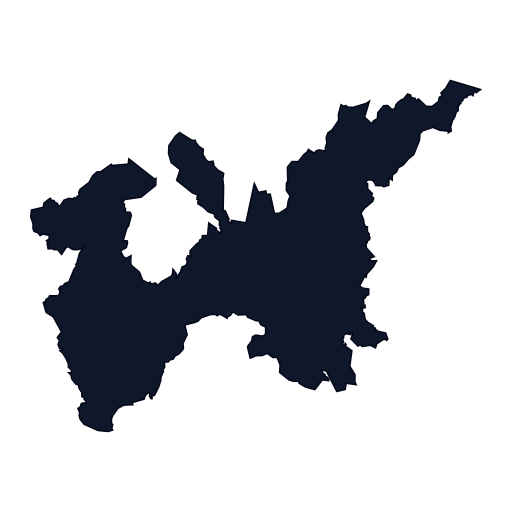 Tehuacán, Puebla, Mexico
{"feature_id": "50627088B19866902668175", "entity_name": "Tehuacán", "entity_type": "district", "adm_level": 2, "iso_a3": "MEX", "parent_name": "Mexico", "parent_adm1": "Puebla", "projection": "natural_earth1", "projection_center": [-97.424, 18.466], "detail": "fine", "context": "isolated", "style": "filled", "palette": "ink", "viewbox_px": 512, "rotation_deg": 0, "n_neighbors": 0, "source": "geoboundaries", "source_scale": "gbopen_adm2", "svg_char_len": 5997}
<svg xmlns="http://www.w3.org/2000/svg" viewBox="0 0 512 512"><path d="M84.1,424.3L98.0,430.5L108.2,431.5L112.7,430.1L111.8,428.6L112.7,424.4L111.7,424.0L111.4,419.3L112.6,415.8L117.9,408.4L123.6,405.2L132.9,404.7L132.2,402.6L144.1,399.2L145.1,396.0L148.3,392.5L150.0,394.1L149.4,396.1L151.2,398.8L152.2,398.6L151.7,396.2L154.5,395.3L158.6,387.2L160.7,380.8L161.1,376.8L163.4,371.4L163.3,369.4L164.7,367.0L164.4,362.2L168.4,361.9L169.6,360.1L173.4,359.0L174.9,356.1L179.1,353.8L182.9,349.6L183.5,347.8L183.0,343.3L187.2,334.8L184.8,325.0L195.7,322.2L198.2,321.0L201.0,317.9L210.3,314.6L215.3,314.4L217.3,315.7L219.1,314.4L220.9,314.6L227.1,318.3L227.4,316.9L230.3,315.4L232.9,311.8L237.9,315.0L246.4,314.7L247.5,317.1L256.1,320.8L258.9,320.9L260.8,324.8L265.6,327.1L265.6,333.4L264.5,335.3L261.7,336.0L255.7,335.0L252.5,336.7L251.7,341.0L247.9,345.9L247.6,347.5L250.2,358.2L256.1,355.7L262.2,355.6L266.1,353.8L268.1,353.9L272.8,357.5L277.1,357.4L280.1,365.0L279.6,372.4L288.9,379.9L293.4,381.3L298.3,381.2L299.2,383.3L305.8,387.2L314.9,389.6L322.3,379.9L328.8,380.7L328.5,378.7L326.4,376.6L325.0,376.4L325.1,374.8L322.3,372.4L322.8,370.0L326.4,371.2L336.8,391.5L345.2,389.5L346.2,383.3L356.2,384.7L354.9,381.6L355.0,374.7L349.8,366.2L351.9,350.7L345.2,346.0L346.2,344.5L345.2,343.4L344.0,345.3L342.6,344.2L343.6,341.6L342.3,339.1L343.5,338.5L343.8,335.2L346.3,333.7L350.6,334.6L350.2,333.4L352.4,332.6L352.3,335.5L350.8,338.8L358.0,346.1L360.1,344.6L362.1,346.5L370.3,345.3L375.5,347.9L376.9,343.7L382.8,339.8L385.5,339.2L386.6,340.4L387.8,339.2L385.7,333.0L378.3,331.4L375.4,329.3L375.4,328.2L373.3,327.3L373.3,325.6L367.6,322.2L365.2,319.3L364.2,313.4L362.4,311.8L362.6,309.6L361.1,307.5L361.6,306.8L362.8,308.2L365.2,307.7L365.0,305.1L363.9,305.0L363.4,298.3L364.2,298.3L364.2,296.5L365.1,297.9L366.5,295.7L368.7,294.7L368.8,289.0L363.0,288.2L359.6,286.0L364.7,276.3L366.2,277.3L366.8,274.0L373.3,266.7L376.6,260.7L369.6,260.9L371.1,257.6L374.3,256.7L366.4,247.8L366.0,243.9L367.4,242.4L367.1,241.2L369.6,239.5L369.9,237.4L368.9,235.8L369.3,234.1L367.4,231.5L367.4,226.8L365.5,226.4L364.2,224.2L363.5,219.4L361.3,214.1L361.5,212.1L364.6,208.2L372.7,201.4L373.6,198.9L373.6,197.7L371.4,196.6L372.4,193.6L367.7,188.9L367.6,183.8L365.3,182.0L368.1,179.9L371.8,180.0L374.3,182.1L375.7,185.6L382.1,185.7L383.7,186.8L388.7,185.3L389.2,177.7L392.2,180.2L392.4,175.3L396.6,171.8L398.2,167.9L403.3,164.9L408.6,158.7L413.7,154.7L419.5,140.3L420.0,132.8L421.0,132.8L422.5,130.9L432.8,127.4L439.8,130.3L448.4,131.2L448.3,132.8L451.3,131.0L450.7,126.7L452.5,120.6L454.9,116.8L456.1,112.4L458.3,110.5L458.0,107.6L459.6,104.2L460.9,103.5L460.5,102.4L462.9,100.3L463.1,98.5L467.2,97.0L467.4,95.7L471.3,94.4L473.0,95.7L473.9,92.5L475.2,91.8L476.4,92.7L479.9,89.8L481.3,89.7L450.3,80.5L445.5,88.4L440.9,93.0L442.3,95.6L439.4,97.1L438.3,101.6L432.1,106.4L426.2,106.3L418.5,98.9L415.8,101.0L415.3,98.4L411.4,97.6L410.6,95.0L407.6,94.0L403.3,99.3L401.7,99.5L397.9,102.4L395.9,104.9L395.2,107.9L393.5,109.1L391.7,109.3L387.7,105.5L383.5,105.7L377.8,112.7L377.3,118.7L373.6,120.7L371.7,123.7L364.6,117.1L369.4,101.2L366.4,103.3L353.0,107.4L348.1,107.1L345.6,105.5L344.0,106.4L341.0,104.7L338.4,114.5L338.6,120.4L332.1,129.8L327.8,133.0L326.2,137.6L326.8,143.0L325.3,147.8L325.4,151.0L319.3,149.9L316.5,150.6L314.1,153.0L308.3,149.4L307.2,151.9L303.7,154.7L298.3,161.6L292.0,161.5L287.4,167.1L287.7,181.0L286.4,183.2L286.3,190.4L290.1,196.0L288.2,201.0L287.1,208.1L279.2,213.2L274.5,213.5L270.2,194.1L266.5,194.3L265.9,190.9L258.5,192.3L254.3,183.5L245.9,222.8L231.5,220.3L230.8,223.1L228.3,221.4L229.0,218.6L226.6,216.9L227.9,216.7L225.4,211.0L223.2,209.9L223.6,185.7L222.8,179.0L223.7,173.3L217.8,170.0L214.1,166.1L213.1,161.2L208.5,161.8L205.9,159.6L202.9,154.3L203.4,149.3L199.2,146.6L195.9,142.5L195.2,140.3L191.8,140.2L179.6,132.5L175.4,136.1L168.9,145.5L168.5,153.3L171.2,162.6L180.1,169.6L176.6,180.3L192.3,192.8L197.7,195.1L196.8,199.2L199.0,200.2L198.0,201.4L197.8,203.7L203.3,207.1L208.1,211.8L214.3,214.0L214.9,217.2L219.6,220.9L219.3,225.1L220.4,225.9L219.9,228.5L221.0,229.2L220.8,233.5L216.1,229.8L216.5,228.4L208.7,222.9L207.6,235.5L202.4,235.6L201.9,239.2L200.0,239.8L198.4,243.8L197.4,243.2L190.3,250.5L189.9,253.2L190.7,256.2L187.9,255.6L186.3,259.0L187.2,261.3L186.8,263.5L185.4,265.7L182.1,266.9L180.3,272.1L176.5,277.8L176.4,273.9L173.0,269.2L172.4,274.2L171.2,276.2L161.9,281.4L157.6,285.7L156.3,283.5L154.6,282.9L153.0,283.9L150.4,283.3L150.0,282.1L148.2,283.1L142.6,280.1L139.4,272.0L131.7,265.6L130.7,263.0L131.0,255.6L126.3,258.3L123.5,256.8L120.6,250.9L126.3,247.6L127.5,243.1L127.3,240.9L123.2,240.6L126.6,228.9L128.7,225.7L131.4,215.1L130.1,212.2L125.4,212.1L125.5,208.6L124.4,207.2L124.4,204.0L122.4,202.7L124.8,199.5L141.1,197.2L155.7,185.4L156.0,178.5L154.9,179.3L128.8,158.8L128.2,164.1L113.6,165.3L112.9,166.2L111.4,164.2L100.5,171.8L97.0,171.9L92.9,175.5L88.8,182.6L80.0,189.4L78.7,192.2L79.1,195.3L77.0,196.5L76.8,198.5L74.6,197.6L72.3,198.9L69.1,198.3L64.0,200.1L60.7,205.1L58.8,206.3L57.4,203.4L54.9,202.3L54.1,200.6L51.3,200.2L50.6,198.4L49.5,198.6L44.0,203.0L43.1,207.3L31.4,210.0L30.7,217.0L33.0,223.5L33.0,228.8L34.1,231.4L38.1,232.9L40.1,235.6L43.0,234.1L49.2,235.4L49.1,238.8L46.4,240.9L47.9,242.1L47.1,243.4L48.1,248.9L52.3,248.6L53.5,249.6L57.6,249.7L61.6,254.4L66.5,247.0L68.4,246.9L72.6,249.5L76.1,249.8L80.1,249.2L83.4,247.5L79.4,253.5L76.6,264.0L75.7,264.3L76.6,265.4L73.8,269.7L68.9,281.8L64.4,283.7L63.5,285.6L60.3,286.4L58.8,288.9L60.0,291.9L59.0,294.9L57.4,295.8L49.6,295.7L48.6,297.7L45.9,299.5L45.5,301.3L43.3,302.6L46.2,312.5L53.1,316.7L61.5,331.9L57.3,337.5L59.4,340.6L58.1,344.5L59.6,348.6L64.3,349.3L59.9,350.7L62.6,353.1L65.9,358.2L68.3,363.7L68.4,367.3L71.4,370.0L71.5,372.7L68.7,372.7L70.9,375.0L72.0,379.5L75.9,384.1L78.6,385.2L78.9,388.0L81.8,392.6L81.8,396.6L84.6,398.1L84.2,399.5L85.9,401.0L85.9,402.9L82.1,403.1L80.9,404.2L80.9,406.1L77.9,408.5L79.6,412.4L79.2,415.7L80.2,419.4L84.1,424.3Z" fill="#0f172a" stroke="#020617" stroke-width="1.5"/></svg>